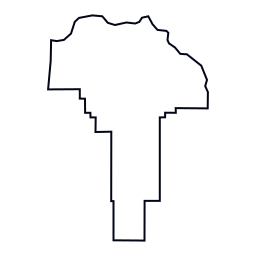 outline of Garfield, Washington, United States of America
{"feature_id": "52423323B83834618329235", "entity_name": "Garfield", "entity_type": "district", "adm_level": 2, "iso_a3": "USA", "parent_name": "United States of America", "parent_adm1": "Washington", "projection": "natural_earth1", "projection_center": [-117.541, 46.35], "detail": "fine", "context": "isolated", "style": "outline", "palette": "ink", "viewbox_px": 256, "rotation_deg": 0, "n_neighbors": 0, "source": "geoboundaries", "source_scale": "gbopen_adm2", "svg_char_len": 713}
<svg xmlns="http://www.w3.org/2000/svg" viewBox="0 0 256 256"><path d="M113.5,240.3L138.3,240.5L144.5,240.6L144.6,200.9L159.8,200.9L159.8,117.4L165.1,117.3L165.1,112.7L175.8,112.8L175.7,108.1L207.7,108.4L207.9,92.1L205.2,86.1L207.0,79.9L201.3,65.7L186.9,54.3L180.3,53.9L174.9,47.4L169.0,43.4L167.5,40.1L168.3,32.8L166.4,30.9L157.5,29.9L152.5,24.2L148.3,16.3L142.0,17.7L139.3,21.9L135.2,23.5L126.4,22.5L114.9,25.0L107.8,22.8L102.3,16.3L92.4,15.4L79.0,17.9L74.8,21.8L71.0,33.6L63.9,39.9L56.8,41.1L51.1,40.2L50.7,60.8L48.1,89.4L79.8,89.2L79.8,98.6L85.0,98.7L85.1,112.8L90.4,112.8L90.5,117.4L95.7,117.4L95.5,132.0L111.3,131.7L111.2,201.1L113.5,201.1L113.5,240.3Z" fill="none" stroke="#020617" stroke-width="2"/></svg>